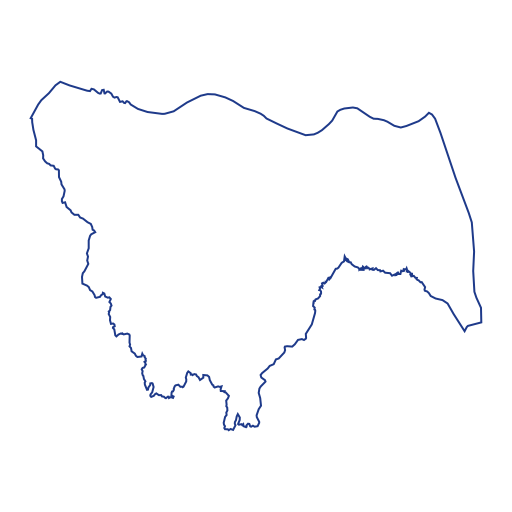 outline of Nakay, Khammouan, Laos, rotated 180°
{"feature_id": "54806243B86213796006306", "entity_name": "Nakay", "entity_type": "district", "adm_level": 2, "iso_a3": "LAO", "parent_name": "Laos", "parent_adm1": "Khammouan", "projection": "robinson", "projection_center": [105.229, 17.931], "detail": "fine", "context": "isolated", "style": "outline", "palette": "blue", "viewbox_px": 512, "rotation_deg": 180, "n_neighbors": 0, "source": "geoboundaries", "source_scale": "gbopen_adm2", "svg_char_len": 6089}
<svg xmlns="http://www.w3.org/2000/svg" viewBox="0 0 512 512"><g transform="rotate(180 256 256)"><path d="M481.3,393.8L479.9,393.2L479.8,389.8L478.6,382.2L475.9,371.7L475.9,365.6L469.6,360.6L468.8,356.7L468.9,353.6L466.9,350.6L464.8,348.7L462.8,348.1L461.4,346.6L458.3,346.2L456.9,343.4L455.9,342.7L454.0,342.6L453.1,341.7L453.0,334.9L450.8,330.3L450.5,327.6L447.5,322.7L447.3,321.2L448.5,315.6L450.1,313.0L450.1,310.7L449.4,309.1L446.9,309.7L445.4,305.0L441.4,301.7L440.5,299.6L437.6,297.2L433.7,297.2L431.9,294.5L429.0,293.4L424.5,289.8L421.2,288.1L419.8,285.0L419.4,282.3L417.9,281.5L416.8,279.8L420.8,277.7L421.9,276.2L423.3,271.5L423.3,263.7L425.1,258.6L424.0,255.4L424.8,251.5L423.7,248.1L427.6,240.7L429.2,238.8L430.0,235.1L429.6,228.4L425.0,226.4L423.2,224.9L421.9,221.9L419.6,220.5L417.4,216.8L417.0,215.0L415.9,214.2L411.9,215.2L411.2,216.5L409.3,217.9L409.1,219.2L407.7,218.5L406.8,215.5L404.1,214.3L402.7,214.7L401.2,213.0L402.6,210.0L401.2,208.5L400.5,206.4L401.5,205.2L401.9,201.9L403.2,200.5L402.8,200.0L403.3,198.0L401.8,195.0L402.0,191.8L401.0,188.1L398.9,188.5L397.6,187.5L397.3,185.7L399.0,184.8L399.1,184.1L397.7,182.6L396.7,176.7L395.6,175.6L393.5,177.5L391.2,178.5L390.0,178.1L389.7,178.6L388.3,177.6L384.7,178.4L382.7,177.5L382.3,176.5L382.5,169.5L381.9,167.3L382.5,165.7L381.0,164.0L380.4,160.7L377.2,158.4L376.1,156.2L374.6,155.0L370.5,155.5L369.7,158.3L369.0,156.9L367.3,155.8L367.3,154.7L366.2,153.3L366.5,152.2L366.1,151.1L367.5,150.1L366.5,148.9L366.6,147.6L366.2,147.4L367.8,144.5L369.4,144.1L370.3,142.7L369.4,140.9L369.8,138.7L369.2,136.6L368.6,136.0L368.1,133.1L366.6,130.6L367.3,129.3L367.1,127.3L365.0,122.2L364.0,122.4L363.6,124.5L361.8,127.0L361.7,128.6L360.1,128.9L359.4,128.5L358.4,125.0L359.8,119.7L361.5,117.5L361.7,116.2L360.8,115.1L358.2,116.2L357.1,117.7L355.7,118.6L353.2,116.9L350.8,116.9L350.1,115.6L348.1,115.3L346.7,114.0L346.1,113.8L344.0,115.4L343.3,115.3L343.0,114.0L341.1,114.9L339.0,114.1L338.4,115.5L340.6,116.6L340.4,119.4L339.9,120.5L339.0,120.6L338.1,122.3L338.3,123.1L337.3,125.7L336.5,126.6L333.6,127.3L331.6,125.2L329.8,125.3L329.3,124.8L328.5,125.3L325.8,130.5L325.7,132.6L326.2,134.4L324.8,139.1L323.7,140.6L321.3,138.8L321.2,137.4L320.0,137.5L319.5,136.9L317.7,137.9L315.9,137.5L315.2,136.0L313.5,134.8L312.0,132.0L308.7,134.3L308.7,137.0L304.6,136.6L302.9,135.1L302.2,131.9L299.8,127.4L298.6,126.6L298.4,125.4L297.3,124.5L293.9,125.6L292.2,125.1L290.5,125.6L291.4,122.7L291.2,121.0L287.3,120.8L287.5,119.8L286.2,119.5L283.1,116.1L284.1,113.6L285.8,111.4L285.4,107.3L285.7,105.8L284.8,104.5L284.6,101.6L285.7,99.4L285.4,97.0L286.9,95.1L288.3,89.2L288.0,87.3L287.0,85.8L287.7,84.0L287.0,82.8L284.1,82.7L283.3,81.8L281.4,83.0L278.9,82.1L276.5,86.8L277.2,88.2L277.1,89.9L276.0,91.9L275.3,95.5L274.2,97.9L272.2,94.5L272.3,92.0L273.9,88.0L273.1,87.3L270.6,87.8L269.9,87.0L268.8,87.9L268.5,85.8L265.9,84.8L265.4,85.3L265.6,86.5L264.0,88.3L262.7,88.1L261.8,85.7L260.9,85.3L259.1,86.3L257.4,85.3L254.4,85.8L252.8,89.2L252.8,90.2L255.2,94.9L255.4,96.7L253.3,102.8L251.0,106.3L251.8,113.9L253.3,119.1L252.9,121.5L252.6,123.4L251.3,125.5L246.5,130.4L247.0,131.8L250.7,134.5L251.4,137.0L249.9,138.9L244.3,143.5L242.3,146.1L238.3,147.8L236.1,152.6L233.3,153.5L227.7,159.5L226.9,161.9L227.4,164.5L227.1,165.4L224.9,165.8L219.8,165.4L217.2,167.7L214.0,172.1L210.1,172.9L208.0,172.0L206.2,173.3L205.9,174.0L206.2,178.1L200.2,187.6L197.0,198.8L196.7,201.2L196.9,202.1L197.6,202.5L197.3,204.4L198.9,205.9L198.6,209.1L198.3,209.2L198.4,210.7L197.7,211.3L197.0,211.1L196.4,212.6L194.0,213.5L191.9,215.9L191.9,217.6L191.3,217.8L190.9,218.8L191.0,220.6L191.8,221.7L192.7,221.9L192.0,223.3L192.4,224.7L191.0,225.1L190.1,224.6L190.6,226.0L190.3,226.2L189.8,225.6L189.3,226.0L190.0,228.6L188.7,229.3L187.4,228.5L186.4,229.5L186.4,230.2L185.8,230.1L184.2,233.0L183.5,232.7L183.5,234.2L182.6,234.4L182.3,233.4L181.7,234.4L181.4,234.1L176.3,243.2L174.8,243.4L173.6,244.3L170.3,249.2L168.0,250.6L167.3,255.6L166.5,254.1L166.4,251.9L164.6,251.8L165.9,253.5L164.2,252.7L163.3,250.9L164.2,250.4L162.6,249.6L161.3,249.7L160.3,247.8L157.3,245.5L154.2,244.6L152.8,243.3L152.7,242.3L151.0,243.7L150.6,243.1L151.4,242.8L151.3,242.2L148.4,242.1L148.4,243.3L149.5,243.8L149.1,245.4L146.9,243.6L145.7,244.4L145.9,245.3L145.5,245.5L144.8,243.9L144.1,244.5L142.7,243.5L142.4,242.6L139.5,243.6L139.7,242.4L138.9,242.1L138.1,242.1L136.0,243.8L134.2,241.9L132.0,241.8L131.6,240.6L128.9,241.3L126.9,239.3L121.9,238.8L120.0,236.3L116.6,237.8L116.6,236.8L115.5,237.0L115.1,237.5L115.6,238.4L114.3,239.5L113.9,239.5L114.0,238.0L111.6,238.0L110.8,241.3L109.5,240.8L108.0,241.1L107.8,241.9L108.9,243.4L107.9,242.7L105.8,242.8L105.4,243.7L105.1,242.8L105.2,240.7L104.7,240.8L104.6,241.7L103.5,240.7L103.7,240.1L102.6,240.2L101.3,238.5L100.0,238.3L99.9,237.1L101.4,237.0L100.7,235.6L98.2,236.1L96.6,234.2L95.2,234.1L95.5,233.0L94.6,232.1L93.4,231.7L91.5,229.7L90.3,229.9L86.9,224.9L87.5,222.5L87.2,221.3L84.8,220.5L83.1,218.9L81.3,216.0L76.4,213.5L69.5,211.9L64.4,208.5L58.4,198.0L47.4,180.8L45.2,185.0L44.1,186.1L30.7,189.6L31.0,204.2L35.6,214.3L37.6,220.2L38.8,241.0L37.9,260.4L40.2,289.6L43.2,298.9L56.5,334.3L71.5,379.0L76.9,393.3L80.0,397.5L83.1,399.2L86.9,395.4L93.4,390.8L105.6,386.0L111.2,384.5L117.7,386.2L124.6,390.3L128.1,391.8L134.1,393.1L138.4,393.3L142.2,395.2L154.7,403.7L159.1,404.5L167.7,403.5L171.7,402.2L174.6,400.5L179.8,391.4L183.1,387.9L190.1,381.8L194.3,379.2L198.1,377.6L206.4,376.8L224.6,383.5L235.5,388.6L245.5,393.5L248.2,396.2L251.4,398.3L257.3,400.9L268.1,404.1L278.9,411.0L286.7,414.6L297.1,417.6L304.4,417.9L311.3,416.3L325.0,409.5L338.3,400.7L347.3,398.2L349.8,398.1L364.5,400.0L374.1,403.1L381.3,407.5L382.9,409.7L384.8,410.8L385.5,410.8L386.9,408.9L387.9,409.1L389.4,410.7L392.0,410.1L394.3,414.7L395.5,415.0L397.5,414.4L399.0,415.3L400.7,418.4L403.5,420.4L404.8,420.5L407.0,418.5L407.5,418.6L408.3,422.2L409.9,421.9L411.3,418.5L412.3,418.4L413.9,419.1L418.1,422.6L420.5,423.2L422.0,420.9L424.9,421.3L442.5,426.6L451.7,430.2L456.5,426.7L463.1,418.8L470.7,411.8L473.8,407.5L481.3,393.8Z" fill="none" stroke="#1e3a8a" stroke-width="2"/></g></svg>